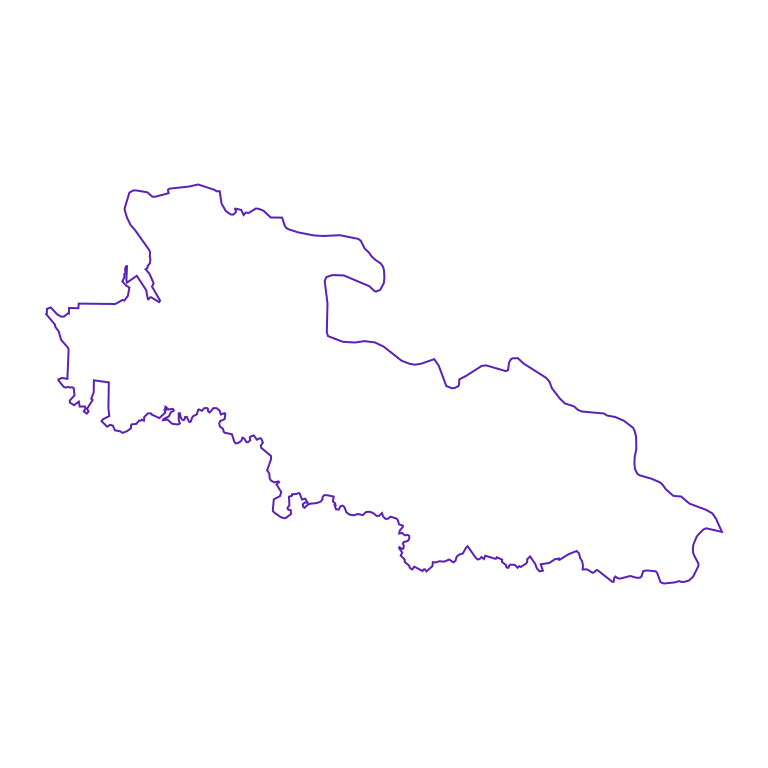 Yen Dinh, Thanh Hóa, Vietnam
{"feature_id": "81297802B9474885125507", "entity_name": "Yen Dinh", "entity_type": "district", "adm_level": 2, "iso_a3": "VNM", "parent_name": "Vietnam", "parent_adm1": "Thanh Hóa", "projection": "robinson", "projection_center": [105.598, 20.008], "detail": "fine", "context": "isolated", "style": "outline", "palette": "violet", "viewbox_px": 768, "rotation_deg": 0, "n_neighbors": 0, "source": "geoboundaries", "source_scale": "gbopen_adm2", "svg_char_len": 6083}
<svg xmlns="http://www.w3.org/2000/svg" viewBox="0 0 768 768"><path d="M129.4,192.6L124.6,208.5L124.8,210.3L127.0,217.7L130.6,225.0L135.2,230.3L149.1,249.9L150.0,252.2L149.8,256.8L150.4,259.4L149.9,263.3L147.6,266.0L147.6,267.8L145.6,269.2L149.4,273.7L151.8,279.0L153.6,283.4L152.0,286.6L160.1,300.6L159.1,302.1L151.2,297.3L150.3,297.3L148.3,299.4L147.8,299.0L146.2,290.2L136.8,275.8L127.0,282.6L126.4,279.9L127.0,266.2L126.3,266.2L125.3,267.8L125.1,270.7L125.8,272.7L124.3,273.9L124.3,277.5L122.3,281.5L126.3,285.7L129.4,287.5L127.9,295.8L124.4,300.6L122.4,300.0L115.2,304.0L78.7,303.6L78.4,308.2L69.1,308.0L68.9,313.6L68.0,313.4L63.9,316.6L61.2,316.6L57.2,314.4L50.7,307.4L46.9,308.9L46.9,313.1L46.1,314.0L55.1,324.8L55.2,326.7L58.7,331.3L61.1,339.9L67.8,347.5L68.6,349.6L67.4,378.8L61.8,378.0L58.4,379.4L58.3,380.1L63.6,386.8L65.7,387.6L68.3,386.8L70.1,387.6L72.2,387.2L73.8,388.3L74.5,395.4L69.8,400.5L69.9,402.6L74.1,405.2L78.8,401.6L79.7,406.5L85.0,406.5L85.5,408.4L83.8,411.4L86.8,413.6L88.6,411.5L87.0,408.9L92.6,400.0L91.2,398.7L93.7,392.4L93.9,380.3L108.8,382.4L108.4,408.3L109.3,416.0L103.0,419.3L101.5,421.1L107.1,426.7L110.3,424.8L112.9,425.7L114.9,430.3L120.4,431.4L122.6,432.9L127.2,431.1L131.0,428.2L131.0,425.4L131.7,424.4L136.3,423.9L138.9,420.7L140.7,420.7L141.8,419.6L143.9,420.7L144.3,416.9L148.1,413.3L151.2,413.5L151.6,414.5L159.3,418.1L165.4,412.5L164.5,410.1L166.1,409.8L165.1,408.3L165.5,406.7L168.6,409.5L172.6,408.8L173.8,410.1L173.5,411.0L171.1,412.0L168.9,416.3L163.5,419.1L163.1,420.2L167.5,419.6L172.0,423.7L176.7,424.4L179.2,424.1L179.9,423.3L178.8,420.5L178.7,413.3L179.8,413.2L180.8,417.7L182.0,419.5L183.7,420.2L184.8,418.8L185.0,417.1L186.8,416.8L188.9,421.5L189.9,422.1L190.9,421.3L192.1,417.5L193.2,416.2L196.9,414.3L198.1,410.0L198.8,409.4L201.9,410.8L204.4,408.1L207.1,408.1L207.9,408.8L208.1,411.3L209.7,412.5L213.5,408.1L216.7,408.2L219.7,410.7L220.8,414.4L224.5,413.2L225.3,413.7L224.6,419.1L220.0,421.2L219.2,423.5L219.9,426.5L223.1,428.9L223.5,431.4L224.6,432.7L231.9,434.2L234.2,441.4L235.6,443.4L237.9,443.1L241.3,440.9L242.5,437.7L244.2,438.5L246.3,442.0L247.9,442.3L250.2,440.3L249.8,437.5L250.4,436.6L253.8,435.4L256.9,439.7L260.2,438.1L261.5,439.1L262.9,442.6L260.8,445.6L261.2,447.8L271.1,456.1L270.9,459.6L267.1,470.5L269.2,473.2L269.7,478.3L270.9,480.5L274.3,482.4L278.4,481.4L279.1,482.0L276.6,484.5L281.2,492.0L280.1,496.0L273.8,499.4L272.8,510.2L273.1,511.4L275.0,513.1L280.9,517.2L284.1,518.2L285.8,518.0L291.1,513.9L290.7,510.1L288.4,509.8L287.6,508.8L287.7,507.4L289.4,505.5L289.0,496.7L292.0,495.7L292.0,494.3L296.4,494.0L298.7,493.0L299.7,493.6L302.0,499.5L305.2,498.7L307.6,502.6L304.8,502.6L302.8,504.2L303.0,506.5L304.5,507.8L307.8,504.7L310.3,503.7L316.5,503.1L320.5,501.7L322.4,499.4L322.6,497.1L323.6,495.8L324.4,495.1L327.7,495.3L333.7,496.6L332.9,501.4L335.2,503.4L334.5,504.7L335.7,505.3L335.0,506.7L336.2,509.4L338.9,509.5L340.3,506.3L342.5,505.6L344.4,507.1L346.4,512.3L349.5,514.6L353.8,515.3L357.6,514.0L362.8,515.1L365.9,512.1L369.2,511.7L372.6,512.7L376.8,516.0L379.2,515.7L382.0,513.1L383.1,516.5L385.5,518.9L387.5,518.9L390.7,516.7L396.6,518.6L397.9,520.3L399.0,524.3L403.0,525.8L402.9,526.9L399.7,530.7L399.2,533.5L402.1,533.0L404.8,535.3L407.7,534.9L409.2,535.8L409.3,538.7L407.8,541.0L403.8,542.0L402.9,543.5L403.8,545.9L403.4,548.5L402.4,548.9L399.3,547.2L399.1,548.1L402.2,552.6L400.7,555.6L404.8,559.6L404.7,561.9L409.1,565.6L409.8,567.8L412.1,569.5L414.3,566.7L422.6,571.0L423.6,569.5L424.7,569.2L426.5,571.4L432.4,566.2L432.8,562.2L435.5,562.4L439.3,561.3L444.3,561.6L449.2,559.5L453.4,562.4L455.5,560.7L456.6,556.8L458.8,554.8L462.9,553.4L465.9,547.9L467.6,546.2L475.9,558.0L477.7,559.5L479.6,559.0L481.5,557.0L483.9,559.0L485.3,555.7L495.0,558.7L496.1,558.6L496.7,557.3L502.1,559.6L501.9,561.8L506.0,565.1L506.4,567.2L507.7,567.9L508.5,567.6L509.2,565.5L510.4,564.6L514.9,564.9L517.5,567.8L519.2,566.1L520.7,567.0L526.0,563.6L527.2,562.2L527.2,559.1L530.1,556.5L535.2,563.9L536.9,568.5L539.5,571.3L542.9,570.7L540.7,564.3L549.4,562.9L555.2,559.1L558.8,558.6L558.7,559.7L559.6,559.8L568.8,554.1L576.6,551.0L578.9,553.2L580.2,558.1L582.1,561.2L583.0,565.8L582.6,569.4L587.1,569.4L592.5,572.8L594.6,572.0L596.2,570.2L597.5,570.1L612.4,581.9L613.6,581.9L614.3,577.7L615.5,576.5L617.4,578.2L620.1,578.6L630.2,576.0L636.7,577.8L639.9,577.7L641.5,576.4L643.1,571.2L646.7,570.4L655.6,571.3L657.1,572.8L660.6,582.3L663.9,583.5L674.8,582.4L679.1,581.1L681.9,582.0L684.5,581.8L689.0,580.5L693.1,576.7L698.2,566.4L698.5,563.8L694.3,555.8L693.1,552.7L692.9,549.5L693.3,544.8L696.7,536.6L698.2,534.7L703.3,529.6L706.2,528.3L721.9,531.9L716.1,518.9L712.5,513.5L706.0,509.8L689.4,503.6L681.2,496.5L673.4,495.9L665.8,489.2L662.0,484.0L659.4,482.1L651.2,478.6L639.9,475.4L637.4,473.9L635.0,469.1L634.4,463.1L634.7,457.0L636.3,449.0L636.1,436.8L634.8,431.4L633.1,427.8L623.8,420.7L615.2,417.0L607.0,415.5L604.0,413.5L581.7,411.5L577.7,409.7L573.9,406.3L564.8,403.4L559.9,398.6L552.0,388.4L549.4,381.6L545.9,377.7L523.4,363.4L517.9,358.2L512.8,358.3L511.0,359.1L509.0,362.7L508.1,370.2L505.7,371.1L486.2,365.4L481.7,365.9L466.1,375.9L459.3,379.4L459.1,384.3L458.2,386.2L454.9,387.9L452.0,388.3L446.3,386.0L438.7,365.6L434.2,359.2L421.2,363.7L415.1,364.7L409.6,363.8L401.4,360.6L383.9,346.8L374.8,342.4L364.4,341.1L355.1,342.5L342.8,341.8L328.0,336.1L326.8,332.4L327.5,303.6L324.7,281.0L326.3,277.2L332.1,275.1L343.7,275.4L369.3,286.2L374.3,290.9L376.0,291.6L380.2,289.9L383.8,283.1L384.4,277.6L384.0,270.5L383.1,266.9L380.7,263.4L375.4,259.9L371.7,256.5L368.8,252.4L364.7,248.6L360.8,240.8L358.2,238.9L340.0,235.2L323.4,236.0L314.4,235.5L298.2,232.4L287.9,229.0L286.0,227.6L284.8,225.9L282.1,217.6L270.7,217.5L263.6,210.8L259.1,208.9L255.9,208.5L248.7,212.9L245.7,212.6L243.6,215.0L241.2,209.9L235.3,208.6L235.0,209.2L236.1,211.2L235.4,212.7L233.4,214.6L230.5,214.4L225.7,210.9L221.5,203.5L219.7,191.2L216.7,191.3L214.4,189.8L198.1,184.5L189.2,186.5L169.4,188.7L167.9,189.9L168.6,193.2L155.0,196.8L152.4,196.7L147.3,192.3L136.7,190.5L133.5,190.4L129.4,192.6Z" fill="none" stroke="#5b21b6" stroke-width="2"/></svg>